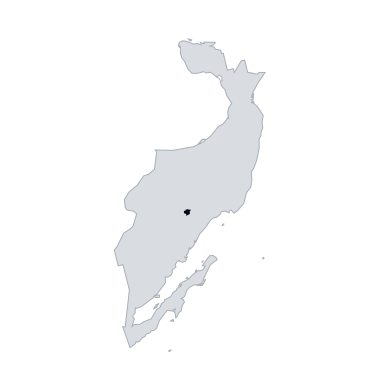 Pánuco de Coronado, Durango, Mexico shown in context, rotated 256°
{"feature_id": "50627088B1013780118073", "entity_name": "Pánuco de Coronado", "entity_type": "district", "adm_level": 2, "iso_a3": "MEX", "parent_name": "Mexico", "parent_adm1": "Durango", "projection": "robinson", "projection_center": [-104.338, 24.505], "detail": "fine", "context": "in_parent", "style": "filled", "palette": "ink", "viewbox_px": 384, "rotation_deg": 256, "n_neighbors": 0, "source": "geoboundaries", "source_scale": "gbopen_adm2", "svg_char_len": 4880}
<svg xmlns="http://www.w3.org/2000/svg" viewBox="0 0 384 384"><g transform="rotate(256 192 192)"><path d="M56.0,94.2L78.2,92.2L77.1,94.5L111.9,107.5L138.1,107.5L138.2,102.5L154.4,102.6L157.2,106.1L168.6,115.7L171.4,123.7L173.4,126.7L184.1,133.0L187.5,130.7L190.1,124.8L193.3,123.5L201.0,124.5L207.4,131.0L211.8,140.4L219.3,149.0L219.8,154.4L223.2,161.1L239.6,167.4L241.7,166.4L237.0,183.7L235.6,204.3L236.4,208.7L240.7,214.7L239.9,217.9L240.1,214.7L236.5,209.6L237.6,214.3L242.0,224.0L249.1,233.3L250.8,239.1L255.7,245.0L254.3,244.8L257.2,246.2L256.3,245.4L261.4,246.1L265.1,248.2L268.4,252.0L277.0,249.1L283.4,248.7L287.6,246.4L292.0,246.0L292.9,246.8L292.6,248.0L296.3,248.8L298.7,247.0L298.0,243.9L296.8,244.7L297.1,244.1L303.7,239.0L304.1,234.8L305.9,232.4L305.9,225.8L307.0,220.8L312.0,217.9L320.9,216.3L324.8,214.6L329.1,214.3L336.4,216.0L336.9,214.9L335.0,214.8L337.5,214.1L340.4,216.3L341.0,219.2L339.6,223.2L335.1,229.3L335.0,233.4L332.7,235.8L333.2,236.8L335.2,236.4L333.1,239.0L333.1,240.0L334.6,239.7L331.9,249.9L331.2,250.8L329.7,248.5L329.2,244.7L327.2,248.6L325.0,248.9L322.5,254.2L319.3,254.1L319.1,255.9L301.6,255.8L301.7,262.0L297.7,262.0L307.4,271.5L307.2,275.0L294.8,275.0L290.5,283.7L291.8,286.0L290.3,291.8L281.2,281.8L273.9,275.2L269.5,272.7L269.0,273.3L273.1,275.6L266.7,273.6L267.2,272.0L265.5,272.6L264.4,271.2L263.3,272.7L265.4,273.5L262.2,273.8L259.1,276.1L249.1,279.6L242.6,276.8L237.1,276.2L233.4,273.5L229.8,272.4L227.4,269.9L218.5,267.9L207.4,262.6L200.2,257.7L197.1,254.3L189.7,253.1L182.6,250.3L178.1,244.7L168.3,239.4L163.1,232.1L161.3,227.6L165.2,225.5L164.6,223.6L162.8,223.0L165.5,219.6L165.7,215.5L163.6,214.1L161.6,210.0L161.6,206.3L160.2,203.0L154.5,196.8L149.4,189.2L141.6,182.8L143.9,184.0L144.0,182.6L139.9,181.2L136.8,176.1L139.0,176.2L132.9,172.8L132.1,171.1L129.8,171.7L129.4,170.9L131.2,168.9L128.2,170.5L126.5,169.0L126.1,165.6L128.3,162.6L129.1,163.2L127.6,160.1L125.7,158.2L123.1,158.3L121.4,154.1L118.3,153.2L116.4,151.5L115.2,147.8L116.0,145.5L110.5,144.4L101.0,132.8L100.4,130.1L99.0,129.2L93.0,114.9L92.5,110.5L93.3,109.1L88.0,107.3L86.8,105.0L85.0,104.2L83.1,105.5L76.0,101.2L77.3,104.0L76.2,109.4L77.7,113.7L78.9,121.8L86.2,129.0L88.4,133.8L89.5,133.6L90.1,135.1L91.2,135.2L92.1,138.4L94.2,139.4L95.4,145.9L99.1,149.3L100.3,152.9L102.1,154.1L103.3,158.5L104.8,159.6L104.0,156.3L106.1,158.2L108.5,168.3L110.9,171.2L114.1,178.4L113.6,181.5L114.3,184.2L117.0,186.8L118.0,184.2L125.9,193.6L125.2,197.2L122.0,199.8L120.3,200.1L117.0,192.3L104.6,181.8L103.5,182.0L101.0,178.7L100.5,176.5L101.3,171.6L100.2,166.9L98.4,163.6L92.4,159.6L91.2,155.6L90.1,157.3L87.0,158.1L84.8,155.4L79.2,152.6L78.3,150.3L74.2,146.9L73.8,145.8L78.1,146.4L80.7,145.4L80.7,146.5L82.8,147.6L82.0,144.9L81.0,144.7L83.2,139.3L75.1,129.2L68.4,124.7L67.2,122.5L67.2,118.7L65.6,117.5L65.1,113.2L63.0,111.4L62.8,108.8L59.9,104.9L59.4,103.0L60.4,101.7L58.3,100.1L56.0,94.2ZM100.6,133.0L99.8,135.6L97.6,134.7L98.5,130.8L99.8,130.4L100.6,133.0ZM91.7,132.5L88.6,129.7L87.8,126.7L89.4,127.7L89.7,129.3L91.3,129.7L91.7,132.5ZM339.7,228.5L338.9,227.7L339.2,226.5L341.3,225.5L339.7,228.5ZM101.1,181.9L98.9,179.3L100.2,173.8L99.8,178.7L101.1,181.9ZM72.6,143.3L70.9,142.9L72.1,140.0L72.8,142.1L72.6,143.3ZM44.1,133.7L42.7,131.8L43.1,131.0L43.6,131.0L44.1,133.7ZM103.0,182.0L104.3,184.1L101.5,182.1L103.0,182.0ZM153.4,214.2L153.2,215.1L152.4,214.7L152.1,213.2L153.4,214.2ZM115.0,176.5L115.5,178.2L114.0,176.1L115.0,176.5ZM109.6,165.5L110.4,166.3L109.1,167.8L109.6,165.5ZM111.2,245.7L110.6,245.9L109.8,245.2L110.5,244.3L111.2,245.7ZM295.1,246.0L293.6,246.4L296.2,245.5L295.1,246.0ZM122.4,185.9L121.6,185.7L121.5,184.2L122.4,185.9Z" fill="#d9dde1" stroke="#a8b0b8" stroke-width="1"/><path d="M171.9,183.9L172.0,184.0L172.3,184.2L172.5,184.1L172.6,183.9L172.8,183.8L173.1,183.7L173.1,183.8L173.0,184.0L173.2,183.8L173.3,183.8L173.5,184.0L173.8,183.9L173.8,184.0L174.0,184.3L174.1,184.5L174.3,184.8L174.4,184.5L174.7,184.8L174.7,184.7L174.8,184.5L174.8,184.1L175.6,183.9L175.4,183.9L175.5,183.8L175.5,183.7L175.4,183.6L175.2,183.7L175.3,183.6L175.3,183.4L175.5,183.2L175.4,183.0L175.5,182.9L175.5,183.0L175.6,182.9L175.5,182.7L175.4,182.6L175.2,182.5L175.2,182.4L175.3,182.3L175.2,182.2L174.8,182.2L175.0,182.1L175.1,181.8L174.7,181.5L174.3,180.5L174.2,180.3L174.8,180.4L174.8,180.1L174.1,180.0L174.0,180.3L173.8,180.2L173.7,180.2L173.4,180.1L173.2,180.2L173.3,180.2L173.3,180.3L173.4,180.5L173.7,180.7L173.6,180.8L173.4,180.8L173.2,180.8L173.0,181.0L172.9,181.2L172.9,181.5L172.9,181.8L172.8,181.7L172.6,181.7L172.6,181.8L171.8,181.7L172.0,181.9L172.1,182.0L172.3,181.8L172.4,182.4L172.3,182.5L172.2,182.5L172.3,182.6L172.2,182.7L172.3,182.7L172.3,182.8L172.3,183.0L172.9,183.1L173.0,183.1L172.9,183.3L172.7,183.3L172.8,183.3L172.7,183.2L172.6,183.3L172.5,183.2L172.4,183.2L172.6,183.4L172.2,183.7L171.9,183.9Z" fill="#0f172a" stroke="#020617" stroke-width="1.5"/></g></svg>